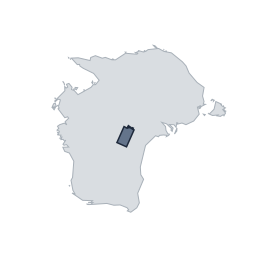 Anangu Pitjantjatjara Yunkunytjatjara, South Australia, Australia (highlighted), rotated 294°
{"feature_id": "25037944B76937209298521", "entity_name": "Anangu Pitjantjatjara Yunkunytjatjara", "entity_type": "district", "adm_level": 2, "iso_a3": "AUS", "parent_name": "Australia", "parent_adm1": "South Australia", "projection": "robinson", "projection_center": [130.361, -27.059], "detail": "fine", "context": "in_parent", "style": "filled", "palette": "slate", "viewbox_px": 256, "rotation_deg": 294, "n_neighbors": 0, "source": "geoboundaries", "source_scale": "gbopen_adm2", "svg_char_len": 4926}
<svg xmlns="http://www.w3.org/2000/svg" viewBox="0 0 256 256"><g transform="rotate(294 128 128)"><path d="M171.9,54.0L174.2,65.9L177.3,65.3L180.8,68.8L181.3,76.1L183.3,78.6L183.7,85.4L185.2,88.9L195.3,95.4L199.0,106.1L200.1,106.6L200.4,104.7L202.6,106.7L202.9,105.7L203.7,111.2L205.0,112.8L207.8,114.5L213.1,123.6L212.6,129.7L214.3,137.1L210.6,150.8L208.3,155.8L203.0,161.5L197.7,172.6L196.0,181.0L187.5,183.1L183.1,186.7L180.5,187.0L181.1,189.1L177.2,186.0L177.8,185.3L177.6,184.6L176.9,184.6L175.4,185.9L174.5,185.1L176.2,183.8L175.3,182.9L169.6,187.4L161.1,185.2L154.6,179.6L154.5,175.3L151.5,171.4L152.8,171.5L152.8,170.4L148.2,171.6L149.7,168.6L148.0,164.4L146.3,169.2L142.9,169.7L143.5,168.1L145.1,168.1L147.5,161.5L146.9,156.5L144.6,161.7L141.2,163.7L138.9,166.8L139.2,168.4L137.8,168.2L135.7,166.5L137.1,166.4L136.1,163.3L134.1,159.8L132.4,159.4L132.1,156.3L119.2,151.1L97.4,155.1L90.5,158.7L87.5,163.1L72.3,163.4L64.2,168.8L58.7,168.5L52.2,164.8L52.0,161.1L53.6,161.8L54.8,159.5L54.5,152.1L51.7,146.5L50.5,139.4L42.8,124.7L45.6,126.3L43.8,121.8L45.1,124.4L47.2,125.2L43.5,116.0L45.8,103.3L46.3,106.3L48.7,103.0L57.1,97.2L60.2,97.5L75.6,92.0L81.3,84.6L80.9,79.7L83.9,76.3L86.5,81.6L87.8,78.6L86.2,76.5L86.7,75.2L91.7,76.1L90.1,75.6L91.2,73.4L90.2,71.6L92.9,71.3L92.0,69.9L94.2,69.7L93.4,67.7L95.4,65.4L95.5,66.8L97.1,66.6L97.2,64.0L99.5,64.9L100.9,62.9L103.3,64.3L106.6,67.9L106.0,70.8L108.2,68.0L112.8,69.8L113.7,68.3L111.7,66.1L117.1,56.3L118.2,57.0L120.0,54.5L120.7,55.6L126.2,54.8L126.0,52.5L122.3,50.7L122.9,50.1L136.3,55.2L140.2,53.3L139.3,55.2L140.9,56.3L142.9,54.0L144.7,55.9L142.5,60.3L140.2,60.7L140.3,63.8L138.1,68.7L150.1,77.7L153.4,78.6L154.4,80.7L159.9,82.2L163.9,74.4L164.3,63.1L165.0,58.9L166.4,57.9L165.3,55.9L168.8,47.8L171.9,54.0ZM173.8,196.6L180.1,199.0L187.9,197.5L187.8,204.2L187.4,203.0L186.5,204.4L186.0,208.8L183.4,207.0L181.4,211.0L178.2,210.7L178.9,209.6L176.2,207.7L175.3,204.3L176.5,204.9L173.8,200.1L173.8,196.6ZM116.1,50.2L119.9,50.2L121.1,51.4L118.5,53.8L116.1,50.2ZM141.4,172.9L148.0,172.7L145.1,173.8L141.4,172.9ZM143.6,63.2L144.4,65.6L141.9,65.2L142.3,63.5L143.6,63.2ZM212.8,122.5L212.8,119.8L213.8,117.5L214.1,119.1L212.8,122.5ZM186.4,192.6L188.5,193.2L188.5,194.1L186.4,192.6ZM115.7,50.9L117.0,53.3L114.6,53.1L115.7,50.9ZM171.7,193.1L170.5,192.8L171.3,191.2L171.7,193.1ZM156.4,76.6L155.3,77.4L154.1,77.8L154.7,76.4L156.4,76.6ZM42.8,124.0L41.8,122.7L41.7,121.5L41.8,121.4L42.8,124.0ZM188.0,195.0L188.8,195.7L187.2,195.2L188.0,195.0ZM204.5,111.5L205.4,111.5L205.3,112.7L204.5,111.5ZM184.0,85.3L185.0,86.0L184.9,86.4L184.0,85.3ZM183.2,209.4L183.2,210.5L182.4,210.1L183.2,209.4ZM213.9,130.8L213.9,132.3L213.9,130.8ZM125.9,50.1L125.2,49.4L125.6,49.1L125.9,50.1ZM143.8,50.2L142.9,51.4L144.0,49.3L143.8,50.2ZM214.1,128.9L213.7,129.4L214.0,128.9L214.1,128.9ZM145.1,72.4L144.5,72.7L144.8,72.1L145.1,72.4ZM141.7,63.1L141.0,63.2L141.4,62.5L141.7,63.1ZM51.7,97.3L51.5,98.3L51.2,98.2L51.7,97.3ZM167.7,47.2L167.6,48.0L167.4,47.4L167.7,47.2ZM176.8,185.0L177.0,185.5L176.8,185.3L176.8,185.0ZM142.6,51.8L141.3,52.6L142.7,51.5L142.6,51.8ZM93.5,66.5L93.0,67.1L93.3,66.4L93.5,66.5ZM183.7,208.6L183.3,208.8L183.5,208.4L183.7,208.6ZM155.9,79.5L155.2,79.5L155.5,79.0L155.9,79.5ZM91.0,70.9L90.6,71.2L90.6,70.4L91.0,70.9ZM187.0,206.3L186.4,206.6L186.6,206.0L187.0,206.3ZM168.1,45.0L168.0,45.5L167.7,45.3L168.1,45.0ZM176.5,185.7L177.0,186.1L176.1,186.0L176.5,185.7ZM196.5,95.3L196.0,95.4L196.2,94.7L196.5,95.3ZM200.0,104.6L199.7,104.7L199.9,104.1L200.0,104.6ZM174.2,195.8L174.0,196.2L173.9,195.7L174.2,195.8Z" fill="#d9dde1" stroke="#a8b0b8" stroke-width="1"/><path d="M110.2,123.8L110.2,124.0L110.2,124.3L110.2,124.5L110.2,124.8L110.2,125.0L110.2,125.3L110.2,125.5L110.2,125.8L110.2,126.0L110.2,126.3L110.2,126.5L110.2,126.8L110.2,127.0L110.2,127.3L110.2,127.5L110.2,134.3L118.7,134.3L122.9,134.3L127.1,134.3L128.7,134.3L128.7,134.1L128.7,132.9L129.2,132.9L130.0,132.9L130.0,131.5L129.3,131.5L129.0,131.5L129.1,130.8L129.1,130.1L129.3,130.1L129.3,129.5L129.0,129.1L128.7,128.8L128.7,128.7L128.7,128.3L128.7,128.1L128.6,127.8L128.7,127.3L127.6,127.4L127.5,127.1L127.4,126.9L127.4,126.6L127.4,126.2L127.5,126.0L127.6,125.6L127.7,123.8L127.2,123.8L126.5,123.8L125.1,123.8L124.7,123.8L124.4,123.8L123.1,123.8L122.9,123.8L122.7,123.8L121.6,123.8L121.4,123.8L121.2,123.8L120.3,123.8L120.0,123.8L119.8,123.8L119.5,123.8L118.9,123.8L118.7,123.8L117.6,123.8L116.7,123.8L116.2,123.8L115.9,123.8L115.7,123.8L115.4,123.8L115.2,123.8L114.9,123.8L114.0,123.8L113.8,123.8L113.7,123.8L113.4,123.8L113.2,123.8L112.9,123.8L112.7,123.8L112.4,123.8L112.0,123.8L111.9,123.8L111.6,123.8L111.1,123.8L110.7,123.8L110.2,123.8L110.2,123.8ZM129.3,129.5L129.3,129.4L129.9,129.4L129.9,129.1L130.0,128.9L130.3,127.4L129.7,127.4L129.3,127.3L129.0,127.4L128.7,127.3L128.6,127.8L128.6,128.0L128.7,128.3L128.7,128.6L128.8,128.6L128.7,128.6L128.8,128.7L129.1,129.1L129.3,129.5Z" fill="#64748b" stroke="#1e293b" stroke-width="1.5"/></g></svg>